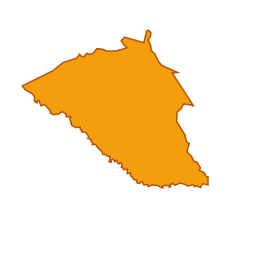 outline of Ituaçu, Bahia, Brazil, rotated 330°
{"feature_id": "56859067B14233207063094", "entity_name": "Ituaçu", "entity_type": "district", "adm_level": 2, "iso_a3": "BRA", "parent_name": "Brazil", "parent_adm1": "Bahia", "projection": "natural_earth1", "projection_center": [-41.391, -13.875], "detail": "medium", "context": "isolated", "style": "filled", "palette": "amber", "viewbox_px": 256, "rotation_deg": 330, "n_neighbors": 0, "source": "geoboundaries", "source_scale": "gbopen_adm2", "svg_char_len": 1862}
<svg xmlns="http://www.w3.org/2000/svg" viewBox="0 0 256 256"><g transform="rotate(330 128 128)"><path d="M118.8,41.9L104.5,38.9L91.6,40.9L57.3,38.7L58.3,43.8L62.3,50.8L62.7,54.5L60.2,58.0L61.7,60.7L63.2,59.2L64.6,59.3L63.7,65.3L67.0,65.8L67.8,67.1L69.3,74.1L68.2,76.6L70.3,79.3L74.7,81.2L79.1,80.9L81.6,85.3L80.2,86.9L80.7,88.0L83.9,89.1L83.8,90.3L82.3,90.7L81.7,92.0L82.2,93.6L80.8,95.3L80.7,98.0L83.2,101.7L87.1,103.2L86.1,105.2L87.1,106.7L85.7,107.8L89.2,110.7L89.8,115.4L88.1,116.9L90.4,119.6L89.4,120.7L90.0,124.2L88.9,124.6L91.7,125.8L91.9,130.1L93.6,135.4L93.1,138.6L95.0,139.3L96.2,142.3L97.9,143.3L97.4,145.2L94.7,147.6L96.2,149.2L98.1,147.2L99.5,147.2L99.8,150.6L102.2,150.4L101.4,153.3L102.5,154.7L104.5,154.3L104.8,156.3L102.6,158.9L103.9,160.3L103.2,161.9L106.9,163.3L104.5,167.2L107.4,168.0L106.3,170.9L107.3,172.3L107.1,175.4L109.5,177.7L108.4,180.2L110.2,181.6L113.5,181.6L113.2,185.1L116.6,186.7L116.0,188.2L116.8,189.1L121.0,189.2L121.2,190.4L124.5,192.0L127.4,196.7L128.4,197.2L128.9,195.7L130.1,195.7L134.7,198.3L134.1,199.9L135.4,200.2L136.2,198.4L138.8,198.2L140.1,201.1L145.6,201.7L149.3,205.4L150.7,208.2L155.6,209.6L156.6,210.9L156.3,212.1L158.5,212.4L161.0,215.8L164.1,213.8L165.5,214.0L168.8,217.3L172.8,210.4L171.6,209.3L171.7,204.8L168.6,200.2L170.8,198.8L170.7,192.0L168.3,189.7L168.9,184.1L167.2,178.8L168.5,176.4L173.2,172.2L172.0,169.2L173.1,163.9L173.9,163.2L173.4,146.6L178.4,138.8L183.9,137.8L188.1,134.9L194.4,139.7L195.8,142.1L193.8,102.6L198.7,104.7L188.5,90.7L187.6,85.7L188.2,76.9L186.9,72.5L188.8,67.9L189.5,61.8L193.3,59.9L195.4,56.9L195.1,54.8L193.9,53.2L192.7,53.4L184.3,62.0L170.4,47.6L165.7,49.1L166.3,55.3L167.4,57.8L165.3,57.7L155.9,55.2L147.8,50.5L145.5,47.2L140.8,43.7L135.2,45.9L132.1,45.3L129.4,42.6L125.8,44.3L123.5,42.6L122.9,39.8L118.8,41.9Z" fill="#f59e0b" stroke="#b45309" stroke-width="1.5"/></g></svg>